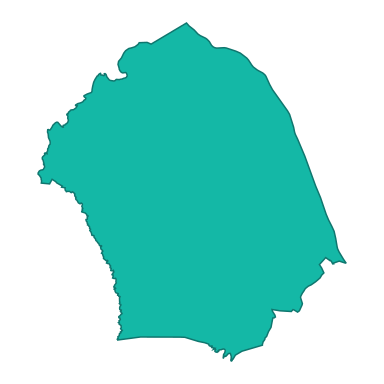 the district of Blacktown, New South Wales, Australia
{"feature_id": "25037944B57460012888659", "entity_name": "Blacktown", "entity_type": "district", "adm_level": 2, "iso_a3": "AUS", "parent_name": "Australia", "parent_adm1": "New South Wales", "projection": "orthographic", "projection_center": [150.83, -33.74], "detail": "fine", "context": "isolated", "style": "filled", "palette": "teal", "viewbox_px": 384, "rotation_deg": 0, "n_neighbors": 0, "source": "geoboundaries", "source_scale": "gbopen_adm2", "svg_char_len": 5868}
<svg xmlns="http://www.w3.org/2000/svg" viewBox="0 0 384 384"><path d="M117.8,340.0L140.4,337.0L179.9,337.1L184.9,337.3L198.3,341.4L204.7,342.7L208.7,344.1L209.1,345.5L209.6,345.9L210.6,346.2L212.0,346.0L212.1,346.8L211.6,347.3L211.8,347.6L214.8,348.2L213.8,348.9L213.5,349.3L214.9,348.7L215.6,349.4L215.0,350.3L214.9,351.3L215.5,351.9L217.1,352.3L218.6,350.3L218.8,350.3L218.9,350.7L219.2,350.1L219.9,349.7L221.0,349.8L222.4,349.2L223.5,349.0L224.6,349.3L225.2,350.2L225.2,350.9L224.7,352.8L223.6,354.5L223.2,357.8L223.3,358.0L223.6,357.8L223.9,357.0L224.7,356.2L225.1,356.1L225.5,356.4L226.1,356.1L228.4,353.6L230.1,353.3L230.4,353.6L231.1,355.9L231.3,357.0L231.1,357.9L231.5,358.2L231.5,358.6L231.2,358.7L230.9,359.5L230.9,360.7L231.6,361.0L232.2,360.3L232.4,359.3L233.0,359.2L235.4,355.1L242.0,351.2L262.4,345.2L262.4,344.5L263.1,341.9L264.8,339.5L265.0,338.0L266.6,336.5L268.5,331.6L271.0,327.4L272.8,318.0L274.3,317.8L275.4,317.0L274.9,315.1L272.5,311.3L272.0,309.5L280.0,310.8L291.3,311.5L293.0,309.6L294.1,310.0L297.6,312.1L299.4,310.8L302.0,305.1L302.4,303.6L300.6,297.8L300.6,297.0L300.8,296.2L302.4,293.1L303.7,291.3L305.3,288.6L308.4,286.1L311.1,284.9L315.7,281.7L320.1,277.9L321.7,275.1L323.9,272.9L321.6,267.9L319.4,264.6L325.7,257.6L329.8,260.5L329.9,260.2L331.3,261.2L332.7,263.9L333.7,263.8L333.5,263.1L339.2,261.1L345.4,263.1L345.9,262.8L343.5,259.3L339.1,252.0L337.6,248.8L337.1,246.7L335.7,238.4L334.1,231.3L332.0,226.7L328.5,219.8L326.1,214.1L320.5,197.6L315.6,185.9L304.9,156.4L297.6,139.1L295.3,134.3L294.6,132.2L293.6,127.1L289.6,114.4L287.5,110.8L272.5,89.7L269.6,84.4L265.9,76.2L264.9,74.8L262.8,73.0L257.4,70.1L253.3,67.0L251.7,65.0L248.6,60.2L246.8,58.1L240.3,53.1L235.7,51.1L226.3,48.0L224.2,47.7L216.7,48.1L214.8,47.7L213.2,46.9L211.5,45.3L209.4,41.7L207.2,39.4L205.6,38.2L200.2,35.6L197.9,34.0L194.2,30.0L189.0,25.9L186.5,23.0L151.1,44.1L147.1,42.4L139.2,42.7L138.1,44.4L134.9,46.8L131.4,47.9L128.8,48.5L125.6,50.7L123.8,53.1L121.4,58.0L118.6,61.3L118.0,64.4L119.1,68.1L119.3,69.5L120.6,71.7L122.2,72.8L123.0,72.9L125.6,72.5L126.1,72.8L126.7,73.8L127.1,75.0L127.1,76.1L126.4,77.2L125.7,77.8L123.3,78.4L122.3,79.0L120.1,79.3L119.5,79.6L116.3,79.4L114.9,80.7L113.8,81.0L110.7,80.5L109.7,80.2L109.1,79.7L106.9,76.9L106.0,74.4L105.0,73.6L104.3,73.7L104.4,75.1L103.9,75.6L103.3,75.6L102.4,75.1L100.9,75.0L100.7,74.7L100.6,73.4L100.4,73.3L98.6,74.5L98.0,75.8L97.2,76.0L95.1,79.3L93.7,82.2L92.7,86.2L92.1,89.4L92.0,91.1L91.7,92.0L91.1,92.6L87.2,94.0L84.0,95.7L83.9,96.2L84.4,97.0L85.7,97.9L85.8,98.6L85.3,99.5L84.0,100.2L83.1,101.5L82.5,102.0L80.5,102.9L77.8,103.6L75.7,104.9L75.5,105.2L75.8,105.7L77.0,105.4L77.3,105.7L76.1,107.8L73.5,109.7L71.5,109.9L70.5,110.2L69.9,111.1L68.6,112.1L68.1,113.9L67.9,114.0L67.7,113.5L66.9,114.2L66.8,114.7L67.0,115.1L68.0,116.2L67.7,118.2L68.4,120.1L67.9,122.0L66.7,123.6L65.4,124.2L64.8,125.1L63.3,125.3L63.0,126.0L63.3,127.1L62.9,127.2L62.3,127.0L60.9,125.9L57.8,122.3L56.6,122.2L55.3,122.9L52.9,125.2L52.0,127.1L50.3,129.7L49.6,130.1L48.2,129.5L47.7,129.7L47.5,132.1L48.1,133.7L48.5,137.7L50.0,141.0L50.2,142.3L50.1,144.2L49.0,145.4L48.6,146.8L48.7,147.4L47.7,148.8L47.6,150.9L46.8,152.3L47.1,153.7L45.9,153.4L45.3,152.9L44.8,153.1L44.5,153.6L44.9,154.4L44.8,154.8L42.7,156.8L42.3,157.5L42.3,159.0L43.1,160.2L44.1,164.5L43.7,164.5L44.5,166.0L44.6,167.1L43.3,169.4L42.7,169.8L40.9,170.1L39.3,171.0L38.1,173.0L38.1,174.2L39.4,175.4L41.1,178.0L41.2,179.6L41.6,180.8L41.3,183.1L49.6,183.9L52.1,179.3L55.8,181.7L56.6,182.8L62.2,186.0L61.6,187.2L65.1,187.8L65.0,188.3L65.2,189.9L65.4,190.5L66.2,191.2L66.4,191.7L67.5,191.4L69.6,191.4L71.1,192.6L71.6,192.6L72.3,191.8L73.4,192.4L74.9,194.0L74.6,194.8L75.0,196.3L76.0,197.2L75.6,198.0L75.9,198.7L75.9,199.5L76.9,200.2L78.4,202.9L80.0,203.8L80.4,203.7L80.9,203.1L81.4,203.1L82.3,203.9L82.4,204.9L81.8,206.2L82.8,208.6L82.1,209.1L82.6,210.2L81.7,211.2L81.8,211.9L85.0,212.9L86.6,214.3L86.8,215.2L88.1,216.0L87.9,216.4L87.1,217.0L87.4,217.6L87.3,219.1L86.0,219.5L86.1,220.5L86.3,221.1L87.0,221.7L87.2,223.2L87.8,224.0L87.5,224.9L88.5,225.4L88.7,226.0L89.4,226.6L89.6,227.0L89.6,228.5L90.5,229.2L89.8,230.5L91.0,232.0L91.6,233.7L91.8,235.1L92.1,235.4L93.6,235.5L94.0,235.8L94.0,237.0L94.3,237.7L95.4,238.6L95.6,239.7L96.0,240.6L96.8,241.2L98.0,243.0L98.7,243.4L99.5,245.5L100.1,245.8L101.0,245.6L101.5,245.8L101.5,246.5L100.7,246.9L100.6,247.4L101.0,249.1L102.3,250.3L102.8,251.1L102.7,251.5L102.2,251.7L102.1,252.3L101.5,253.2L102.4,253.8L102.9,255.1L103.0,255.9L103.6,256.7L103.5,258.5L106.3,260.8L107.3,260.4L107.7,260.6L107.7,261.3L107.0,261.9L106.5,263.0L107.8,263.6L108.9,263.6L109.4,264.1L109.5,264.8L110.5,265.7L110.6,266.1L110.1,266.8L110.0,267.4L110.3,267.9L111.2,268.3L110.8,270.5L112.5,270.9L113.3,270.3L113.6,270.8L113.8,271.9L113.7,272.3L112.9,273.1L112.9,273.7L112.3,274.0L112.0,274.5L112.2,274.9L112.9,274.9L113.1,275.3L113.1,276.5L112.6,278.0L114.2,278.6L115.6,278.3L116.1,279.6L115.9,282.0L116.3,282.9L114.4,285.4L114.5,286.1L113.8,286.8L114.2,287.7L115.4,287.9L115.6,288.3L114.2,289.0L114.1,289.3L115.0,290.0L115.2,291.6L116.0,292.8L118.2,293.6L117.6,294.9L117.6,295.2L118.4,295.4L118.9,296.4L119.6,296.4L120.0,296.6L119.5,298.0L119.6,301.6L119.9,302.2L119.3,303.6L119.6,304.0L120.7,304.4L120.9,304.9L120.6,305.7L120.1,306.1L119.6,308.0L119.8,309.5L121.3,310.1L121.2,310.5L120.5,311.2L121.1,311.7L121.1,312.5L121.8,313.0L122.0,313.6L121.7,314.0L121.0,314.4L120.1,315.6L118.8,316.6L118.8,317.5L119.1,317.9L119.9,318.1L120.3,319.6L119.0,320.8L119.3,321.9L118.5,322.6L119.1,322.9L119.2,324.2L120.0,324.4L120.2,325.0L120.8,325.3L121.2,325.8L121.1,327.0L121.3,327.7L120.6,328.6L121.6,330.0L122.2,330.3L121.4,331.4L120.5,331.9L120.6,332.2L120.9,332.6L120.8,332.9L119.5,333.5L119.6,334.1L119.2,334.9L119.3,335.7L117.9,336.7L117.9,337.2L118.3,338.1L117.5,338.7L117.3,339.3L117.8,339.5L117.8,340.0Z" fill="#14b8a6" stroke="#0f766e" stroke-width="1.5"/></svg>